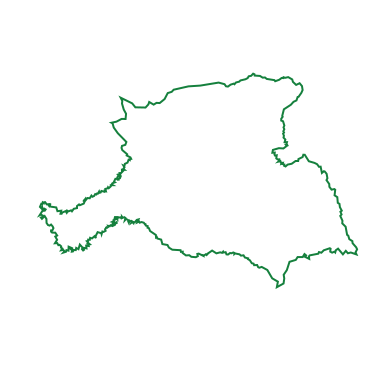 the district of Mwinilunga, North-Western, Zambia, rotated 81°
{"feature_id": "96606910B26185337086625", "entity_name": "Mwinilunga", "entity_type": "district", "adm_level": 2, "iso_a3": "ZMB", "parent_name": "Zambia", "parent_adm1": "North-Western", "projection": "robinson", "projection_center": [24.888, -12.156], "detail": "fine", "context": "isolated", "style": "outline", "palette": "green", "viewbox_px": 384, "rotation_deg": 81, "n_neighbors": 0, "source": "geoboundaries", "source_scale": "gbopen_adm2", "svg_char_len": 5983}
<svg xmlns="http://www.w3.org/2000/svg" viewBox="0 0 384 384"><g transform="rotate(81 192 192)"><path d="M101.4,68.7L102.5,72.4L99.0,75.1L96.5,75.4L93.6,79.0L93.8,82.1L93.0,83.6L93.8,83.9L93.4,85.6L94.8,88.3L95.6,92.5L94.4,93.1L92.0,100.5L90.3,102.0L90.1,104.3L88.0,106.7L86.8,111.9L85.5,111.9L84.7,113.1L86.5,115.4L86.6,117.9L88.2,119.2L89.0,121.5L89.4,126.7L90.4,128.1L90.7,131.4L92.2,133.2L91.5,133.8L92.0,137.1L93.5,140.0L92.9,141.9L90.6,143.0L88.1,148.6L88.2,167.2L87.1,179.0L88.1,194.1L89.9,196.4L90.5,200.5L95.9,204.5L99.1,210.0L98.4,213.1L99.7,216.2L96.4,220.2L98.7,221.4L101.3,224.7L99.5,234.7L95.1,237.2L87.7,247.7L91.1,246.6L93.7,247.3L99.9,246.5L104.4,244.9L109.5,246.2L108.8,250.1L110.7,255.6L111.0,260.7L111.8,259.7L116.1,259.2L122.3,256.1L132.3,249.0L135.0,250.5L135.5,253.9L137.4,254.7L139.7,254.3L144.6,250.1L145.7,250.8L148.2,247.4L149.8,246.9L149.9,248.4L150.8,248.5L150.2,249.6L152.9,251.1L153.7,253.9L155.8,254.7L155.2,255.6L157.2,254.9L158.3,256.2L159.5,255.2L159.0,257.7L160.4,257.9L160.6,257.0L162.2,259.1L162.0,260.5L164.7,260.0L164.5,260.9L163.9,260.4L163.1,261.1L163.2,262.1L164.1,261.2L165.2,261.8L166.4,260.6L167.1,261.0L167.6,262.6L168.3,262.6L168.2,263.5L166.2,263.6L167.3,264.3L167.0,265.6L169.7,267.5L170.4,266.7L170.9,269.2L172.0,270.2L172.9,269.1L172.6,271.2L173.7,271.3L175.2,273.6L174.2,274.2L175.1,274.7L175.4,277.1L177.7,276.9L177.0,278.1L178.1,278.4L176.8,281.3L178.2,282.3L178.3,283.5L177.0,283.7L178.9,285.2L178.6,286.0L179.5,286.8L178.9,287.9L180.6,289.3L181.1,291.1L179.8,291.9L182.2,294.0L181.6,296.2L183.2,298.0L181.9,298.2L183.6,300.0L183.3,300.9L184.7,299.6L186.5,300.7L187.5,304.8L186.6,305.5L187.9,307.8L189.9,308.1L190.1,311.4L192.3,313.6L191.2,314.3L191.8,317.1L190.8,318.3L191.6,318.7L191.7,317.9L193.0,319.0L191.1,319.8L192.0,323.4L193.1,324.2L192.9,325.3L190.0,324.1L189.9,327.9L186.0,328.5L184.4,333.7L183.6,334.7L182.3,334.1L182.0,335.6L182.6,335.7L182.2,335.9L181.6,335.3L181.5,337.4L179.0,338.7L179.0,339.6L180.0,340.1L178.9,341.1L180.5,341.9L180.1,342.7L182.9,344.5L184.6,343.3L183.5,342.4L186.3,342.4L185.2,340.7L186.3,339.3L187.4,340.3L187.3,342.7L191.1,346.1L190.7,344.8L191.9,343.1L193.4,343.8L193.6,345.2L195.0,344.4L192.7,341.3L195.8,340.0L199.8,340.5L202.1,339.4L202.9,337.9L202.1,336.3L204.2,335.0L206.0,334.5L208.0,335.9L207.9,337.2L209.1,337.4L210.2,336.5L210.8,333.4L213.9,332.0L214.6,334.0L218.1,332.7L221.2,335.4L221.4,333.1L223.6,332.3L223.5,331.1L225.2,329.7L226.4,330.1L227.5,328.9L229.1,330.4L229.1,328.2L230.6,327.2L231.7,328.5L231.3,325.8L229.8,325.1L230.6,323.2L226.7,322.4L228.8,319.1L229.7,319.2L229.5,320.6L230.9,319.5L232.1,320.0L232.1,318.9L230.8,317.9L231.2,315.9L229.1,315.1L230.7,313.1L226.4,311.0L229.8,308.8L231.2,309.6L232.7,308.7L232.2,307.7L230.1,307.9L231.2,305.0L228.5,304.9L229.2,302.5L227.7,302.7L227.7,301.1L226.5,302.1L226.4,303.3L225.2,302.7L224.1,303.5L223.9,302.2L222.8,302.0L223.2,300.4L221.3,299.8L222.2,298.0L220.4,295.2L222.5,294.2L220.5,294.1L216.9,291.5L218.5,288.0L219.5,287.9L217.0,286.7L217.6,285.6L216.8,283.4L215.2,283.7L213.8,282.2L212.9,282.6L214.0,281.4L213.2,279.8L212.3,280.1L212.9,278.5L212.1,277.7L213.2,276.0L212.9,275.0L211.8,276.0L211.2,275.5L212.1,273.1L211.0,272.7L210.9,271.3L210.0,271.2L210.4,272.5L209.0,275.5L208.4,273.7L207.5,273.8L207.1,271.8L206.5,272.8L204.7,272.0L205.0,270.1L205.7,270.8L207.0,270.0L206.0,269.9L205.8,268.3L205.8,266.6L207.0,265.9L206.8,265.1L205.5,265.0L206.6,264.4L206.3,262.8L207.2,261.8L209.4,262.7L208.3,261.3L210.3,258.8L211.0,259.6L212.5,259.2L210.5,258.1L211.5,256.8L210.7,255.6L212.9,256.8L212.3,255.7L213.4,254.9L212.4,254.7L213.1,253.4L210.9,250.9L210.7,249.1L213.5,250.8L212.9,248.8L214.1,248.4L213.8,246.5L214.8,244.4L216.4,243.6L216.6,242.2L216.9,243.1L217.9,242.9L218.8,241.1L220.3,241.5L221.0,240.2L224.0,239.5L228.8,234.4L231.3,234.6L231.0,233.8L232.5,233.5L234.2,229.9L238.8,229.4L240.5,224.5L243.3,223.5L245.9,220.5L247.7,212.4L249.4,212.3L249.5,210.5L250.8,210.8L253.7,207.9L254.0,204.6L255.9,202.8L257.0,198.4L256.3,196.3L254.0,196.4L253.9,195.0L256.8,190.9L256.1,191.0L256.5,189.9L255.6,188.0L256.5,187.4L255.7,186.4L256.2,186.4L255.3,186.1L253.0,181.3L256.4,177.5L256.0,173.6L256.8,171.8L255.8,170.6L256.7,170.4L256.7,168.2L259.0,167.7L259.4,166.2L258.2,163.9L258.7,162.7L258.2,160.7L258.8,159.7L259.9,159.9L259.4,159.1L261.0,154.8L262.5,153.6L262.6,151.0L265.0,150.0L266.3,147.0L267.0,147.3L268.5,145.5L271.7,144.1L272.4,142.4L274.0,142.1L274.3,139.1L276.6,138.4L277.3,137.4L276.9,134.9L280.8,129.8L289.8,126.3L294.0,121.2L299.3,123.1L296.7,115.9L291.8,114.4L288.1,114.4L283.9,110.5L276.2,106.6L275.3,100.1L272.8,97.9L273.6,92.9L270.9,90.6L272.5,89.2L273.8,90.4L276.4,86.7L273.9,86.6L273.0,85.6L272.7,76.9L271.2,76.0L272.2,73.7L270.2,71.0L269.1,64.7L269.7,64.0L272.5,64.8L273.8,63.1L273.2,60.6L274.1,60.0L272.0,59.0L270.8,56.6L277.2,52.7L274.2,49.3L276.9,47.6L276.6,44.6L279.4,39.3L277.2,39.9L274.4,37.9L272.3,38.5L267.7,41.4L265.6,41.3L263.2,44.0L259.5,44.5L258.6,45.5L250.3,45.7L246.5,48.5L243.9,47.9L238.8,49.3L237.6,47.8L234.7,48.5L233.9,47.0L230.1,48.3L226.8,48.2L225.5,49.7L219.8,49.3L217.6,51.7L212.2,50.2L211.4,50.9L211.5,53.8L208.4,55.5L205.6,55.2L201.3,57.3L199.6,56.1L195.1,56.2L192.5,57.7L192.1,58.5L193.5,60.7L187.1,61.0L187.0,62.6L184.1,64.1L182.4,66.5L179.9,71.8L172.9,74.8L172.6,76.2L174.8,77.3L176.1,81.7L178.0,82.3L177.6,84.9L179.7,89.1L179.9,93.3L181.4,95.6L180.5,96.9L179.3,96.5L178.6,98.2L177.7,97.8L178.1,99.3L177.1,98.8L176.8,99.7L175.3,99.9L175.5,101.9L174.6,100.6L173.4,100.6L173.3,102.2L172.0,103.5L169.0,102.6L169.1,104.2L168.0,104.7L166.0,104.1L165.8,106.5L163.1,105.5L162.3,99.3L163.3,94.9L161.3,91.2L160.2,91.8L160.5,90.6L159.1,91.1L157.6,90.4L157.2,92.7L154.8,91.6L152.6,93.1L150.8,92.4L148.6,92.9L147.7,91.8L146.3,92.3L144.4,91.0L142.5,91.5L140.8,90.4L136.4,91.0L135.4,92.7L133.6,92.4L131.9,90.7L131.0,91.0L124.7,88.3L121.3,80.7L118.8,77.6L117.9,74.5L114.7,72.8L114.7,71.9L111.2,68.5L108.6,66.8L104.6,66.8L101.4,68.7Z" fill="none" stroke="#15803d" stroke-width="2"/></g></svg>